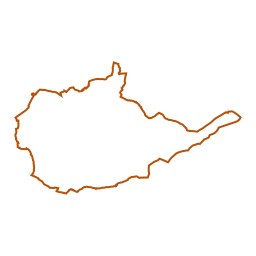 the district of Odorheiu Secuiesc, Harghita, Romania
{"feature_id": "2599482B50966601311858", "entity_name": "Odorheiu Secuiesc", "entity_type": "district", "adm_level": 2, "iso_a3": "ROU", "parent_name": "Romania", "parent_adm1": "Harghita", "projection": "robinson", "projection_center": [25.322, 46.315], "detail": "fine", "context": "isolated", "style": "outline", "palette": "amber", "viewbox_px": 256, "rotation_deg": 0, "n_neighbors": 0, "source": "geoboundaries", "source_scale": "gbopen_adm2", "svg_char_len": 5666}
<svg xmlns="http://www.w3.org/2000/svg" viewBox="0 0 256 256"><path d="M240.6,117.3L236.3,113.8L232.7,111.6L232.3,111.5L232.0,111.4L231.2,111.4L229.6,111.6L228.3,111.6L227.8,112.9L226.7,112.5L225.8,112.6L225.7,112.4L225.5,112.5L221.4,115.0L215.7,118.3L214.4,119.3L211.0,122.5L205.5,126.2L203.7,127.6L202.3,128.5L198.7,130.6L197.2,131.7L193.1,131.1L190.9,131.1L189.5,130.9L188.3,130.7L187.4,130.6L187.0,130.2L186.3,128.2L185.7,127.9L185.3,127.2L184.4,126.5L183.7,125.6L182.5,124.5L182.1,124.4L180.9,124.0L179.0,122.9L178.4,122.4L177.1,121.8L176.0,121.4L174.8,120.9L174.2,121.0L170.7,120.0L169.5,119.9L168.7,119.8L167.5,119.2L166.9,118.8L165.5,118.5L165.2,118.1L164.5,117.4L164.1,116.8L163.7,116.4L163.5,115.8L163.1,115.2L162.6,114.7L162.3,114.4L161.3,113.9L160.6,113.7L160.2,113.5L159.5,112.8L158.9,112.9L157.9,113.6L157.5,114.1L156.7,114.4L154.9,116.1L153.5,116.8L153.0,117.0L152.5,117.4L151.0,118.1L150.0,117.9L149.1,118.2L148.6,118.0L148.3,117.7L147.4,117.1L147.0,116.5L145.8,115.9L145.1,115.0L145.0,114.5L144.9,113.7L144.3,112.6L142.3,110.0L142.1,109.7L142.0,109.2L141.8,108.8L141.2,108.2L140.8,107.5L141.1,107.1L139.4,105.8L139.3,105.4L139.3,104.8L138.5,104.2L137.2,103.0L136.3,102.7L136.2,102.0L135.5,101.8L135.2,102.0L134.4,101.9L133.7,101.1L132.4,100.9L131.1,100.5L130.1,100.7L129.4,100.2L128.8,100.4L128.1,100.5L127.4,100.1L126.6,99.9L126.2,99.6L125.4,99.4L125.1,99.0L124.8,99.0L124.3,98.7L122.7,97.8L120.6,96.9L121.1,96.0L121.4,95.2L121.5,94.7L121.3,94.3L120.7,93.7L120.3,93.0L120.2,92.3L120.5,91.7L121.0,91.2L122.5,89.9L121.7,88.2L122.0,88.1L122.4,87.3L123.1,86.4L123.3,85.9L123.5,86.0L123.9,85.5L124.3,84.6L124.6,84.3L125.0,83.4L125.1,82.5L125.0,82.2L124.7,81.6L124.6,81.3L124.8,79.9L124.9,79.0L125.2,78.2L125.4,76.8L125.6,76.0L126.0,74.4L126.2,73.4L125.2,73.4L123.7,73.5L122.9,73.5L120.9,73.7L120.3,73.8L119.3,74.3L118.9,74.0L118.7,73.3L118.9,72.7L119.0,72.5L120.0,71.6L120.1,70.6L119.9,69.9L119.8,69.0L119.9,68.3L119.8,67.7L119.3,67.4L119.0,67.0L118.7,66.1L118.7,65.8L118.5,65.3L118.1,64.3L118.2,63.9L116.1,63.4L113.9,62.5L113.1,66.2L112.7,67.3L112.9,69.6L112.6,72.5L112.0,73.5L111.8,75.0L109.0,76.3L107.5,76.9L107.0,77.6L106.2,79.1L105.7,79.4L104.9,79.4L102.0,79.0L101.2,79.0L100.2,79.2L98.0,78.9L95.7,79.2L93.8,79.6L90.0,80.9L89.0,81.7L88.9,82.5L88.8,84.5L88.4,85.1L88.9,85.8L86.4,88.2L86.2,87.5L84.7,87.9L84.6,88.0L84.7,88.5L83.3,89.0L83.2,89.6L82.7,90.3L82.1,90.1L81.8,90.6L82.4,90.8L82.2,90.9L81.6,91.1L79.5,91.4L78.8,91.3L78.6,90.9L78.2,90.6L75.1,89.7L74.4,89.1L74.1,88.5L73.6,88.0L73.4,87.4L71.4,87.7L69.7,88.2L69.0,89.4L66.6,91.6L66.3,92.0L64.4,90.7L64.4,91.0L63.7,91.6L63.0,91.9L62.3,92.0L60.5,92.7L60.6,93.5L61.2,95.7L59.2,94.4L58.0,93.5L56.1,92.4L54.4,91.9L52.2,91.8L51.8,91.6L51.4,91.4L49.9,91.2L46.5,90.5L44.9,89.9L43.0,90.0L41.6,89.8L40.3,89.7L40.1,89.6L39.9,89.6L37.4,91.9L36.0,93.4L36.3,93.7L35.6,94.5L34.4,95.0L34.0,94.9L33.4,95.1L33.2,94.5L33.8,94.3L33.8,94.1L33.8,93.9L33.4,93.4L32.4,93.6L32.5,94.0L32.3,94.3L32.0,94.4L32.2,95.0L32.7,95.2L32.9,95.2L33.4,96.4L32.7,97.4L29.9,102.7L29.1,104.5L28.7,105.2L28.6,105.8L28.5,106.2L28.8,106.7L28.6,107.6L25.7,110.4L15.5,117.6L16.5,119.1L16.8,120.8L17.6,120.7L18.0,120.5L18.4,120.5L18.4,121.3L18.4,123.5L18.5,124.7L18.3,126.1L18.4,126.4L18.2,127.4L17.9,127.9L17.8,128.4L16.0,129.0L16.2,129.5L16.1,129.8L16.2,130.4L16.4,131.4L16.3,131.6L16.3,132.0L16.3,132.5L16.3,132.9L16.0,133.6L15.6,134.2L15.4,134.7L15.4,135.3L15.4,135.7L16.2,138.6L15.9,139.0L16.5,140.2L16.7,140.5L17.2,141.9L17.6,142.2L18.1,142.2L18.2,142.5L18.0,142.4L17.5,144.5L17.8,145.6L17.7,147.0L18.1,147.1L18.3,147.2L19.5,147.7L19.3,148.0L21.2,148.9L26.0,149.2L26.4,148.3L27.4,148.9L28.3,149.3L29.1,150.2L30.0,151.5L30.9,153.4L30.7,154.5L31.6,155.7L31.9,155.7L32.6,158.4L33.1,160.4L33.5,161.2L33.6,162.0L33.6,163.3L34.2,168.1L33.8,169.6L34.0,170.0L34.0,170.6L33.2,172.9L33.0,173.4L32.6,173.9L31.5,175.2L35.1,176.7L38.4,178.4L38.5,178.6L38.4,178.8L38.7,179.0L38.9,179.5L42.3,181.6L44.0,184.1L45.6,185.0L48.8,186.6L49.0,187.0L49.5,187.5L50.3,187.8L50.9,187.8L54.0,188.1L54.6,187.6L54.9,187.5L55.1,187.5L57.9,188.2L58.2,188.2L58.0,188.9L57.5,189.8L56.6,190.9L56.8,191.0L56.7,191.3L58.1,191.7L59.4,192.2L60.7,192.2L66.3,193.5L66.6,192.9L67.7,191.9L68.9,190.3L69.2,190.5L69.9,189.8L70.9,189.1L72.9,189.9L72.7,190.1L77.2,192.0L77.5,191.8L77.7,191.4L77.9,191.4L79.1,190.2L80.0,189.6L81.2,189.2L82.2,188.6L82.8,187.8L84.6,187.0L85.4,187.1L86.2,186.8L86.8,186.7L87.3,186.7L87.6,186.8L88.0,187.0L89.0,187.1L90.8,187.2L92.7,187.9L94.7,188.1L95.7,188.8L95.8,188.3L96.2,188.3L98.0,188.4L99.0,188.4L100.4,188.3L100.8,188.1L102.1,187.7L102.9,187.7L104.8,187.6L106.3,187.1L107.4,187.2L108.7,187.2L108.9,187.1L110.0,186.8L112.4,186.6L113.3,186.5L113.9,186.2L116.1,186.2L116.8,185.2L116.2,184.8L118.5,183.1L119.1,182.9L121.9,182.4L127.9,179.9L128.2,179.1L128.6,178.6L129.1,178.3L129.9,178.1L130.2,177.8L130.5,177.5L131.8,177.0L132.7,176.9L132.9,176.8L133.6,176.9L135.2,176.6L135.8,176.4L136.8,176.4L137.3,176.6L137.9,177.1L138.3,177.2L138.6,177.5L139.4,177.9L140.6,177.7L140.8,177.6L147.8,177.5L148.7,174.9L148.8,174.7L149.1,174.0L149.1,173.8L149.2,173.5L149.2,173.2L149.0,172.9L149.0,172.1L148.8,171.5L148.7,170.2L148.7,168.5L148.7,168.2L148.7,167.6L148.8,166.9L148.9,165.5L154.1,161.8L154.6,161.6L155.3,161.4L158.2,160.1L159.5,158.7L162.6,159.9L164.2,160.5L167.9,162.3L168.7,161.5L169.5,160.1L170.5,158.8L171.7,157.5L176.2,153.5L179.3,152.1L182.2,151.3L185.7,150.6L188.1,150.4L189.9,148.0L192.6,145.6L198.3,143.7L200.0,143.9L204.1,139.5L208.5,137.7L209.7,135.1L213.8,133.5L215.7,132.2L216.0,131.7L217.8,129.6L218.7,127.6L237.4,121.3L237.7,120.9L238.5,120.2L239.4,119.5L240.0,118.5L240.6,117.3Z" fill="none" stroke="#b45309" stroke-width="2"/></svg>